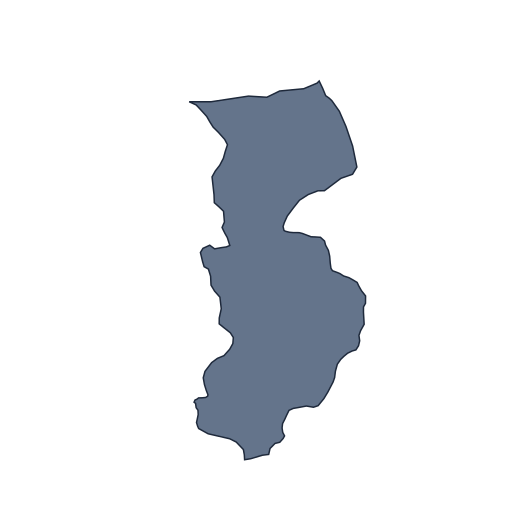 the district of Boganda, Lobaye, Central African Republic, rotated 119°
{"feature_id": "33826404B33100016317003", "entity_name": "Boganda", "entity_type": "district", "adm_level": 2, "iso_a3": "CAF", "parent_name": "Central African Republic", "parent_adm1": "Lobaye", "projection": "mercator", "projection_center": [17.223, 4.309], "detail": "fine", "context": "isolated", "style": "filled", "palette": "slate", "viewbox_px": 512, "rotation_deg": 119, "n_neighbors": 0, "source": "geoboundaries", "source_scale": "gbopen_adm2", "svg_char_len": 2166}
<svg xmlns="http://www.w3.org/2000/svg" viewBox="0 0 512 512"><g transform="rotate(119 256 256)"><path d="M439.7,167.2L435.9,162.4L427.2,153.9L423.4,148.7L417.5,150.4L410.7,148.5L407.4,144.9L402.5,143.8L399.5,143.8L397.3,147.1L393.8,149.8L389.7,151.5L384.3,151.7L380.8,152.0L375.0,152.3L371.2,149.5L368.0,145.5L362.8,139.2L360.4,132.4L356.8,129.1L347.9,127.5L340.2,127.2L328.8,127.5L324.2,128.3L318.2,130.7L311.2,132.4L305.4,131.8L301.1,130.5L296.7,128.8L292.4,125.8L289.7,123.1L284.8,122.8L279.9,124.2L275.5,127.5L270.6,128.3L267.4,128.3L263.3,128.3L253.0,134.8L248.4,137.3L244.3,137.3L237.8,140.8L235.3,146.8L232.3,151.7L230.1,154.7L229.9,159.9L229.9,164.3L231.0,169.7L230.7,174.1L231.0,176.8L231.8,182.0L230.4,184.5L226.1,187.7L220.4,191.5L216.0,195.4L212.7,200.5L209.7,203.3L208.4,208.7L210.6,213.4L212.5,217.2L213.8,226.4L214.6,229.4L215.4,231.0L217.4,234.6L219.0,238.2L220.1,242.3L220.1,243.9L217.1,246.6L213.3,247.4L205.9,248.0L195.6,246.6L186.1,245.0L176.9,240.1L169.0,233.5L165.7,227.8L146.9,219.4L137.7,211.2L129.3,210.9L113.0,224.8L99.2,240.0L89.0,253.3L83.4,264.9L82.5,268.3L82.0,272.8L77.1,278.9L72.3,285.6L75.2,286.4L86.6,295.4L100.2,315.3L111.9,323.5L119.8,340.1L142.9,370.1L153.5,389.2L152.9,381.6L154.8,375.6L157.8,366.8L161.1,361.4L164.1,355.9L166.0,349.1L169.2,339.9L172.5,334.9L179.3,333.6L186.4,331.9L194.3,331.7L201.3,332.8L208.1,332.8L222.8,322.4L229.6,318.3L231.0,312.0L232.6,306.1L238.0,302.5L241.6,300.1L247.5,299.5L248.9,297.6L251.3,294.1L253.8,290.0L259.5,284.0L262.5,286.4L265.2,290.0L269.8,295.7L269.0,301.7L275.0,306.1L279.9,306.3L287.0,299.8L290.5,296.2L290.5,291.3L295.7,285.9L303.3,281.2L306.8,275.2L309.5,267.6L319.0,260.8L328.0,258.1L333.2,255.3L334.3,249.1L335.6,241.2L338.3,236.3L343.8,233.8L350.3,233.8L358.7,235.7L364.2,240.1L370.7,243.1L381.6,244.7L388.1,243.1L393.5,238.7L397.6,234.4L400.6,230.8L402.0,230.3L404.1,231.4L406.3,234.6L407.9,237.4L410.1,238.4L411.5,239.5L413.9,239.3L414.2,237.4L417.7,234.8L419.0,232.0L422.7,229.7L426.2,228.6L430.5,227.3L433.1,224.6L434.7,222.5L434.7,217.8L434.7,211.7L428.6,190.4L428.3,183.1L431.4,173.2L435.6,169.8L439.7,167.2Z" fill="#64748b" stroke="#1e293b" stroke-width="1.5"/></g></svg>